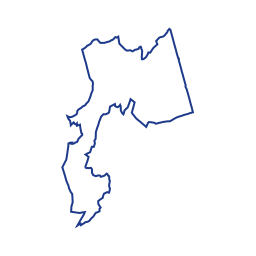 Kuresoi North, Rift Valley, Kenya, rotated 189°
{"feature_id": "3690345B6327191419481", "entity_name": "Kuresoi North", "entity_type": "district", "adm_level": 2, "iso_a3": "KEN", "parent_name": "Kenya", "parent_adm1": "Rift Valley", "projection": "equal_earth", "projection_center": [35.615, -0.251], "detail": "fine", "context": "isolated", "style": "outline", "palette": "blue", "viewbox_px": 256, "rotation_deg": 189, "n_neighbors": 0, "source": "geoboundaries", "source_scale": "gbopen_adm2", "svg_char_len": 4619}
<svg xmlns="http://www.w3.org/2000/svg" viewBox="0 0 256 256"><g transform="rotate(189 128 128)"><path d="M88.6,204.3L89.0,204.2L90.9,208.0L91.8,210.0L92.9,212.6L94.8,216.7L98.4,224.8L101.5,231.7L102.7,232.3L104.0,230.1L104.2,228.7L105.3,227.1L106.1,225.4L107.4,224.0L109.0,223.2L110.4,222.7L111.4,221.9L112.2,220.7L112.9,219.7L113.8,218.3L112.1,215.2L114.0,212.9L115.3,211.3L115.9,210.2L117.9,205.8L118.9,205.9L119.8,205.7L119.9,204.2L120.5,202.9L120.8,201.9L121.3,200.8L122.0,200.0L123.1,198.8L124.2,198.2L125.0,198.1L125.3,199.5L125.4,199.8L125.6,201.1L125.7,202.8L125.9,204.8L126.1,206.6L126.7,207.6L127.3,208.4L127.6,209.5L128.2,210.3L129.4,209.5L130.0,207.8L131.4,207.1L132.2,206.7L133.5,206.3L134.5,205.1L135.4,204.5L136.0,204.5L137.0,205.0L138.2,205.1L139.3,204.7L140.1,204.5L141.4,204.3L142.8,204.9L144.8,206.3L149.7,209.9L151.9,216.7L153.3,215.5L154.7,215.8L155.0,215.4L155.4,215.0L156.0,213.7L157.1,212.6L158.3,212.1L159.2,211.0L160.5,210.3L161.2,210.1L162.4,209.5L163.5,209.0L163.8,208.8L164.2,208.6L164.9,208.3L166.0,208.2L167.3,207.9L168.7,207.8L170.1,208.9L171.2,209.9L172.1,210.7L173.2,210.5L174.0,210.3L175.0,210.0L176.1,209.1L177.1,207.6L177.6,206.3L177.8,205.7L178.1,205.3L179.2,204.3L180.4,203.3L181.2,202.9L181.7,202.0L182.3,201.3L183.3,200.1L184.5,199.1L185.6,198.3L181.2,188.6L180.5,187.2L180.0,186.2L177.4,180.0L174.1,172.4L173.9,172.0L173.5,171.3L173.2,171.0L172.9,170.7L171.9,169.7L170.5,168.8L170.1,167.9L169.5,166.5L169.5,165.3L169.5,164.2L169.4,163.6L169.2,162.4L168.9,161.1L168.9,159.2L169.5,157.0L169.8,155.2L170.0,153.5L170.4,151.6L170.8,149.8L171.3,147.9L172.5,146.3L173.3,145.0L173.9,143.8L174.9,143.0L176.2,142.2L177.4,140.6L178.5,139.6L179.8,138.5L180.8,136.7L180.6,135.4L180.9,133.7L181.8,132.6L182.9,131.9L184.2,130.8L185.2,130.2L186.4,129.8L187.3,129.5L188.5,129.8L189.7,130.2L188.6,128.2L187.9,127.3L187.1,126.7L186.5,126.3L185.8,124.6L185.2,123.1L184.9,121.8L182.1,125.7L182.3,124.2L180.0,123.3L179.2,124.5L178.7,122.3L176.0,123.8L174.9,120.1L173.2,115.6L172.4,115.2L172.1,114.0L175.1,109.8L176.0,106.4L177.4,105.6L178.5,104.7L179.2,104.1L180.5,103.6L181.6,103.6L181.1,104.8L182.4,104.6L184.4,103.5L184.1,100.7L184.1,98.9L184.0,92.7L184.0,87.2L185.0,84.1L186.7,78.9L185.1,75.7L182.7,70.8L180.5,66.0L177.7,61.5L176.8,59.2L174.6,55.9L172.8,54.1L172.2,51.6L171.0,45.9L171.6,41.7L171.1,36.4L168.3,36.4L162.3,36.5L160.4,37.3L157.5,38.2L158.2,35.4L160.6,29.4L162.7,23.7L159.9,26.1L159.2,24.7L158.3,25.6L156.7,26.9L155.5,28.2L152.9,29.2L152.3,29.7L151.4,30.6L150.7,32.1L149.9,33.3L148.7,34.7L147.8,36.3L147.3,37.8L146.3,39.4L145.3,39.8L144.2,40.5L143.1,41.3L143.5,43.6L142.6,45.2L145.4,48.2L146.0,51.2L144.5,52.8L143.2,54.0L142.0,55.2L141.9,57.5L141.4,59.4L139.5,60.7L139.1,61.1L138.6,61.4L136.7,61.1L136.4,63.2L136.3,65.3L137.3,66.9L137.7,68.7L137.7,70.3L137.7,71.5L137.6,72.8L138.2,73.8L138.6,74.7L138.7,76.0L139.2,77.5L140.2,77.8L140.9,79.1L141.5,79.4L142.0,79.6L142.6,78.8L142.9,78.5L143.5,77.5L144.5,76.9L144.9,76.7L145.4,76.4L146.3,75.9L147.3,75.6L148.1,76.6L149.1,76.6L149.7,76.5L150.2,76.4L151.0,76.0L152.4,75.4L153.8,75.8L155.0,76.0L155.6,77.0L156.6,78.0L156.8,79.9L157.2,81.7L158.3,82.8L158.8,82.8L159.9,82.3L160.6,82.2L161.3,82.3L162.6,81.9L163.6,82.2L164.0,83.2L163.4,86.6L162.8,89.9L162.4,93.3L165.8,95.2L163.8,96.7L161.6,98.2L161.2,101.0L160.8,103.8L158.8,104.1L158.3,107.6L159.2,110.2L158.3,112.1L158.7,116.2L159.1,118.8L158.6,122.5L158.0,125.7L157.7,127.3L157.6,129.2L156.9,132.1L156.3,135.0L154.4,137.8L152.7,137.9L151.5,138.5L150.4,139.2L149.2,140.4L149.1,143.2L149.1,146.3L147.1,147.8L146.0,148.6L144.7,149.6L144.1,147.5L142.8,147.2L141.5,146.9L140.1,148.2L139.4,149.6L138.8,148.6L138.6,148.1L138.3,146.9L137.9,144.4L136.8,142.7L135.7,141.4L134.7,140.8L134.3,142.8L134.2,144.8L133.6,145.6L132.3,147.3L131.5,148.4L130.9,151.3L130.6,152.9L130.3,154.6L130.0,156.9L125.5,154.4L125.7,152.2L126.0,149.0L126.4,145.8L126.6,143.6L125.4,142.4L123.3,140.5L121.5,138.8L119.6,137.6L117.8,136.6L116.3,135.7L112.9,133.6L111.8,133.0L110.2,131.9L109.7,133.5L109.2,135.7L108.4,137.1L105.9,137.3L102.7,137.3L101.2,136.6L99.8,137.1L98.5,137.8L96.9,138.4L96.5,138.5L95.6,138.9L94.8,139.3L94.4,139.5L93.0,139.8L92.1,140.1L90.3,140.7L87.9,141.1L86.6,142.0L85.4,143.0L83.0,145.0L81.5,146.1L80.8,146.5L80.3,146.8L79.9,147.0L78.4,147.7L76.0,148.9L74.8,149.6L73.4,150.3L71.5,151.0L69.3,152.3L66.3,153.7L67.1,155.4L68.4,158.5L69.8,161.5L71.3,164.9L72.3,167.3L73.1,168.9L74.1,171.2L74.9,172.8L76.0,175.3L77.7,177.7L77.7,179.2L78.9,181.7L79.6,183.3L80.9,186.1L82.4,189.5L83.6,192.0L84.9,195.1L86.3,198.2L87.5,200.8L88.3,202.4L88.6,204.3Z" fill="none" stroke="#1e3a8a" stroke-width="2"/></g></svg>